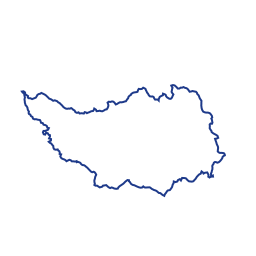 Miracatu, São Paulo, Brazil (Mercator projection), rotated 240°
{"feature_id": "56859067B15961203060488", "entity_name": "Miracatu", "entity_type": "district", "adm_level": 2, "iso_a3": "BRA", "parent_name": "Brazil", "parent_adm1": "São Paulo", "projection": "mercator", "projection_center": [-47.376, -24.194], "detail": "fine", "context": "isolated", "style": "outline", "palette": "blue", "viewbox_px": 256, "rotation_deg": 240, "n_neighbors": 0, "source": "geoboundaries", "source_scale": "gbopen_adm2", "svg_char_len": 4933}
<svg xmlns="http://www.w3.org/2000/svg" viewBox="0 0 256 256"><g transform="rotate(240 128 128)"><path d="M130.0,58.1L129.9,59.5L129.8,61.3L128.7,62.3L127.2,62.7L126.6,63.8L125.3,65.5L125.0,66.9L124.0,66.6L123.7,67.7L122.8,68.5L121.7,69.3L120.1,69.4L118.7,70.0L117.9,71.2L116.5,72.0L115.4,72.3L114.0,72.9L112.2,73.3L110.6,73.7L108.6,74.2L107.6,74.9L107.3,76.4L106.3,77.0L104.8,77.2L103.4,77.1L102.2,75.3L100.7,74.0L99.5,72.7L98.0,71.9L96.2,71.4L95.5,70.4L94.3,71.0L93.5,72.4L91.9,73.2L90.7,73.8L90.3,75.3L90.1,76.5L90.6,77.5L90.0,79.0L89.4,80.6L88.1,81.0L86.5,81.5L84.9,82.5L84.7,84.1L83.7,85.0L82.5,85.8L81.2,87.4L80.6,88.9L81.3,89.8L81.8,91.6L81.9,93.2L82.0,94.7L82.1,96.1L82.5,97.6L82.9,99.0L83.2,101.5L82.3,102.7L81.4,102.2L80.4,102.6L78.1,102.7L76.5,103.5L75.2,104.9L73.0,106.4L71.3,107.7L70.1,108.9L69.4,110.4L69.8,112.0L68.4,112.5L67.6,113.5L66.6,115.6L65.7,117.2L64.6,117.7L63.3,118.2L62.3,118.9L61.3,119.5L60.5,120.3L59.3,121.2L57.6,121.8L56.4,122.2L55.4,123.5L53.9,124.0L52.5,124.6L51.1,125.5L52.1,126.6L52.9,128.6L53.7,130.1L54.0,131.3L53.3,133.2L54.1,135.2L54.9,136.7L55.8,137.6L56.7,138.5L57.3,139.8L58.8,140.9L57.4,142.1L57.0,144.0L57.9,145.2L57.8,147.3L56.1,147.6L57.0,148.9L57.7,149.9L56.9,151.1L56.2,152.2L55.4,153.0L53.0,153.5L51.3,154.2L49.6,156.5L49.2,158.0L49.8,159.7L50.1,160.9L50.7,162.1L51.3,163.2L51.7,164.5L52.2,166.3L52.1,168.2L52.9,169.1L53.6,170.0L52.2,170.6L50.8,170.6L50.8,172.2L49.9,174.4L47.1,174.3L45.8,173.3L44.4,173.8L44.4,175.5L45.8,176.5L47.2,177.2L47.9,178.3L49.0,179.2L49.9,180.3L51.4,181.3L52.6,181.8L53.4,182.4L54.0,183.9L55.0,185.0L55.1,186.3L54.4,187.2L53.3,188.0L53.0,189.5L53.3,191.2L54.0,193.1L54.7,194.5L55.7,195.5L56.0,196.9L55.9,198.2L56.9,198.6L58.3,198.4L59.5,196.9L60.5,195.1L61.5,194.4L62.8,194.0L64.0,194.8L65.7,196.1L67.0,196.6L68.4,196.7L69.7,196.8L71.5,197.3L73.3,197.6L75.1,198.0L74.5,199.6L74.4,201.2L76.5,201.6L78.3,200.7L79.8,199.7L81.1,199.0L82.7,198.4L83.9,198.8L85.3,198.6L86.9,198.6L88.7,199.8L90.2,200.5L90.6,201.7L89.7,202.8L90.4,203.8L91.6,204.2L93.2,204.8L94.5,204.9L95.0,206.2L96.5,206.7L98.2,206.6L100.0,206.2L101.4,204.9L102.4,203.2L103.3,202.2L104.6,201.3L106.7,201.3L108.4,201.7L109.8,202.3L110.8,202.7L112.2,203.6L113.6,204.4L114.8,205.2L117.8,205.0L119.6,205.3L120.9,205.5L122.9,205.0L124.0,205.3L125.4,205.0L126.6,203.6L127.8,202.3L128.0,201.1L128.6,199.5L129.9,199.4L131.8,199.2L133.2,198.6L134.2,197.5L135.7,196.5L135.9,194.9L136.6,193.9L136.5,192.2L137.3,190.8L139.1,190.5L141.5,189.7L142.7,188.4L143.1,186.7L141.9,186.6L140.6,186.7L139.7,185.7L138.7,184.9L137.5,183.8L136.0,183.8L134.4,184.1L133.6,182.9L132.3,181.2L131.9,179.6L132.7,178.4L135.1,177.1L136.7,176.9L137.8,177.2L138.8,176.7L140.2,175.5L138.9,174.6L139.1,172.9L139.1,171.1L138.4,170.1L137.5,168.9L136.5,168.3L137.9,167.9L139.0,165.7L140.4,165.5L142.0,165.7L143.0,165.1L143.6,163.9L144.6,162.7L146.3,162.4L147.8,162.5L149.2,162.2L150.3,162.4L151.7,162.4L152.9,162.7L153.9,162.3L155.3,161.3L154.9,159.5L155.6,158.0L156.5,156.9L155.9,155.8L154.6,154.3L154.9,153.1L155.5,151.7L156.0,150.2L155.9,147.9L155.2,147.0L155.2,145.4L154.6,143.8L153.6,142.9L153.3,141.7L152.2,139.6L152.6,138.4L152.9,136.8L153.5,135.2L154.3,133.9L154.4,132.3L154.3,130.5L154.5,129.2L156.6,129.0L158.1,128.5L159.0,127.5L159.4,125.7L160.4,124.5L160.2,123.0L159.1,122.8L158.1,122.6L157.0,122.1L155.6,120.5L154.8,118.9L155.3,117.6L155.2,115.9L155.3,114.2L156.1,113.0L157.1,112.2L157.6,110.7L158.3,109.2L159.9,109.4L161.7,108.5L160.8,107.5L160.2,106.3L160.9,104.5L161.0,102.6L161.3,101.1L161.4,99.8L162.6,99.3L163.4,98.4L162.6,97.0L164.0,95.2L164.8,93.3L166.3,93.0L166.6,91.4L168.0,90.4L169.8,90.5L171.4,89.6L172.6,89.3L173.7,88.7L173.8,87.3L174.5,86.4L175.1,84.8L176.1,83.7L177.4,83.0L178.6,82.5L179.9,82.3L181.2,82.0L182.4,81.6L183.7,81.3L185.1,80.4L186.7,80.0L188.6,78.4L189.0,76.8L191.2,75.8L192.9,74.4L194.3,74.1L196.0,73.6L197.4,73.2L198.6,72.6L200.4,71.4L201.7,70.5L201.6,69.0L202.0,67.9L202.0,66.2L201.2,64.9L200.4,63.4L200.7,61.3L201.0,59.4L202.5,58.4L203.6,56.7L204.7,56.6L205.6,57.4L207.2,56.6L208.5,55.9L210.3,56.6L212.0,55.9L212.6,54.4L211.3,54.5L210.0,55.4L208.7,54.8L207.3,54.4L206.0,54.0L204.6,52.7L202.6,51.9L201.4,51.3L199.9,51.0L198.8,50.7L197.7,51.1L196.0,51.1L194.4,50.5L193.2,50.3L191.7,50.4L190.7,49.4L189.5,49.3L188.5,50.1L186.9,49.9L185.3,50.8L183.7,50.4L182.3,51.3L181.6,52.8L180.2,54.1L179.0,55.7L177.8,55.7L176.0,55.3L174.9,56.6L173.1,56.5L171.7,58.0L170.3,58.7L168.6,58.3L167.5,59.4L166.5,58.0L166.7,55.9L167.0,54.6L167.7,53.4L166.9,52.2L164.7,51.9L163.7,53.0L164.9,54.7L163.5,55.9L161.7,55.9L160.9,56.8L159.8,56.3L159.1,55.4L158.4,54.4L156.9,55.8L155.7,55.0L155.7,52.5L154.1,53.0L152.9,53.8L151.6,53.9L149.8,54.3L148.1,53.5L146.4,53.5L145.2,54.7L144.6,56.4L143.5,56.3L142.2,56.9L140.8,56.6L139.7,55.8L138.6,56.9L137.3,55.2L135.8,55.1L134.4,55.6L133.5,56.3L132.6,57.1L131.4,57.8L130.0,58.1ZM44.4,175.5L43.4,177.3L44.4,177.7L44.4,175.5Z" fill="none" stroke="#1e3a8a" stroke-width="2"/></g></svg>